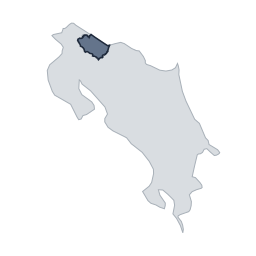 location of Upala, Alajuela, Costa Rica, rotated 13°
{"feature_id": "36466004B97209373697434", "entity_name": "Upala", "entity_type": "district", "adm_level": 2, "iso_a3": "CRI", "parent_name": "Costa Rica", "parent_adm1": "Alajuela", "projection": "mercator", "projection_center": [-85.236, 10.868], "detail": "fine", "context": "in_parent", "style": "filled", "palette": "slate", "viewbox_px": 256, "rotation_deg": 13, "n_neighbors": 0, "source": "geoboundaries", "source_scale": "gbopen_adm2", "svg_char_len": 4978}
<svg xmlns="http://www.w3.org/2000/svg" viewBox="0 0 256 256"><g transform="rotate(13 128 128)"><path d="M222.9,131.3L222.6,132.3L221.6,133.5L220.2,134.6L218.3,135.4L213.8,133.0L209.4,130.4L207.0,131.6L206.1,135.0L204.4,136.8L202.4,137.5L201.5,138.6L201.4,150.1L201.5,161.0L204.9,161.2L210.4,165.0L212.8,167.2L213.6,169.3L212.9,170.3L208.8,172.6L204.8,175.6L202.8,179.3L206.3,185.4L207.0,189.5L206.9,193.7L206.0,195.8L198.3,200.7L196.6,202.4L196.8,203.7L201.0,207.1L203.1,210.4L204.7,214.3L205.0,217.8L201.1,211.4L195.8,205.3L191.1,201.6L190.8,192.8L188.9,188.1L181.9,183.7L175.9,180.6L171.5,181.3L174.2,186.3L181.2,192.7L181.7,195.2L181.6,198.5L176.7,198.0L172.5,196.7L167.3,196.2L163.8,194.3L156.5,186.6L161.7,180.0L163.3,175.7L163.2,166.7L162.0,162.4L156.3,155.8L147.3,148.5L134.7,142.6L128.8,137.8L114.0,134.2L108.4,131.8L104.0,127.3L103.3,124.0L104.9,119.0L100.8,112.7L83.2,100.2L73.4,95.6L71.3,93.0L69.7,92.1L71.2,100.7L75.5,105.9L86.8,110.7L89.8,113.6L91.1,117.2L84.6,124.2L81.3,126.0L80.3,129.8L78.1,131.0L75.9,128.8L66.8,117.8L49.2,112.5L46.0,109.3L39.4,99.2L36.4,90.1L37.5,84.0L44.7,74.4L47.0,70.3L46.5,67.7L46.8,63.9L44.1,61.3L37.4,57.9L33.1,55.1L34.3,53.7L42.0,50.1L42.4,46.7L42.4,45.6L43.7,45.4L44.8,44.5L45.5,43.6L47.6,40.3L49.4,38.5L51.5,38.2L54.1,39.6L63.7,43.0L74.5,46.9L89.8,52.4L96.1,48.9L101.6,46.2L105.4,46.6L113.6,49.7L118.6,50.7L121.6,50.4L126.9,54.9L129.7,58.4L130.2,60.7L131.8,61.9L135.9,62.2L146.0,64.5L152.1,64.0L157.7,61.6L160.7,58.6L161.7,54.0L163.1,56.3L164.7,59.9L165.5,64.5L172.7,80.0L178.4,88.7L191.0,104.5L196.5,107.4L205.7,120.1L208.9,122.2L210.7,125.9L220.2,129.0L222.9,131.3Z" fill="#d9dde1" stroke="#a8b0b8" stroke-width="1"/><path d="M91.5,51.4L91.4,51.4L89.7,52.4L85.3,50.8L74.8,46.8L72.0,45.6L71.7,45.5L71.4,45.6L71.3,45.4L71.2,45.5L70.9,45.4L70.9,45.5L70.7,45.7L70.5,45.9L70.4,46.1L70.4,46.3L70.1,46.6L69.9,46.6L69.7,46.7L69.7,46.8L69.8,46.8L69.8,47.0L70.0,47.2L70.0,47.5L69.9,47.7L69.9,47.9L70.0,48.1L69.9,48.3L69.7,48.5L69.6,48.4L69.6,48.5L69.5,48.4L69.5,48.5L69.4,48.6L69.5,48.4L69.2,48.3L68.9,48.4L69.0,48.3L68.8,48.2L68.7,48.0L68.6,47.9L68.4,47.8L68.2,47.9L67.9,47.7L67.7,47.5L67.7,47.4L67.8,47.4L67.7,47.3L67.5,47.2L67.4,47.2L67.2,47.0L67.3,47.0L67.3,46.9L67.2,46.9L67.0,46.7L66.9,46.7L66.8,46.8L66.7,46.8L66.4,46.9L66.2,46.8L65.9,46.8L65.8,47.0L65.7,47.1L65.4,47.2L65.2,47.2L64.9,47.2L64.7,47.2L64.7,47.3L64.5,47.5L64.4,47.6L64.6,47.7L64.5,47.8L64.4,47.8L64.5,47.9L64.4,48.0L64.1,48.4L64.1,48.5L64.0,48.8L63.9,48.8L63.9,48.7L63.8,48.9L63.7,48.9L63.8,49.0L63.7,49.2L63.8,49.2L63.8,49.3L63.7,49.3L63.4,49.4L63.2,49.4L63.2,49.5L63.3,49.5L63.2,49.6L63.3,49.8L63.2,49.8L63.1,50.0L63.1,50.3L63.2,50.5L63.1,50.8L62.9,50.9L62.8,51.0L62.7,51.0L62.4,51.2L62.1,51.2L61.9,51.3L61.7,51.4L61.4,51.3L61.2,51.4L60.9,51.3L60.7,51.3L60.6,51.5L60.4,51.7L60.2,51.8L59.9,52.2L59.7,52.3L59.4,52.5L59.3,52.8L59.2,52.9L59.2,53.0L59.3,53.1L59.4,53.4L59.4,53.5L59.3,53.8L59.2,53.9L59.3,54.1L59.9,54.5L59.9,54.9L60.1,55.1L60.3,55.1L60.4,55.3L60.5,55.3L60.7,55.5L60.8,55.5L60.9,55.8L61.0,56.0L61.3,56.1L61.5,56.2L61.6,56.4L61.7,56.7L61.9,56.8L62.0,56.9L62.2,57.0L62.3,57.1L62.5,57.4L63.1,58.3L63.2,58.6L63.2,58.8L63.3,58.8L63.4,58.7L63.5,58.8L63.7,59.1L63.9,59.1L64.3,59.2L64.5,59.2L64.9,59.2L65.1,59.3L65.3,59.5L65.7,59.7L65.8,59.8L66.0,59.8L66.2,60.0L66.3,60.1L66.5,60.1L66.6,60.3L66.8,60.4L66.9,60.5L67.1,60.7L67.3,60.8L67.5,61.1L67.5,61.4L67.7,61.5L67.7,61.8L67.8,61.9L67.9,62.0L68.0,62.1L68.2,62.4L68.3,62.5L68.5,62.7L68.4,62.9L68.6,63.0L68.8,63.4L68.9,63.5L69.0,63.5L69.3,63.6L69.3,63.4L69.7,63.4L69.9,63.4L70.0,63.3L70.2,63.2L70.3,63.1L70.5,62.9L70.9,62.8L71.2,62.7L71.5,62.7L71.6,62.8L71.8,62.9L72.1,63.0L72.3,63.1L72.7,63.2L73.1,63.3L73.2,63.5L73.6,63.6L73.9,63.8L74.1,63.8L74.3,63.9L74.5,63.9L75.0,63.8L75.3,63.8L76.2,63.8L76.4,63.8L76.6,63.9L76.8,64.0L76.9,64.3L77.1,64.5L77.3,64.6L77.3,64.8L77.4,65.2L77.3,65.4L77.4,65.6L77.6,65.7L77.5,65.8L77.8,65.9L78.2,65.9L78.3,65.8L78.6,65.7L78.9,65.7L79.0,65.6L79.4,65.7L79.7,65.7L80.1,65.8L80.5,65.8L80.7,66.0L80.8,66.0L81.3,66.1L81.3,66.4L81.4,66.6L81.6,66.7L82.1,66.7L82.4,66.7L82.9,66.9L83.1,66.9L83.2,67.0L83.3,67.2L83.4,67.5L83.5,67.7L83.5,67.9L83.5,68.0L83.9,68.2L84.0,67.8L84.1,67.7L84.2,67.4L84.4,67.2L84.7,66.6L84.8,66.3L85.2,65.9L85.5,65.8L85.6,65.7L85.7,65.4L85.8,65.3L86.0,65.5L86.4,65.4L86.6,65.3L86.8,65.4L87.1,65.3L87.1,65.2L87.1,64.9L87.1,64.6L87.3,64.6L87.5,64.6L87.5,64.2L87.3,63.9L87.2,63.8L87.1,63.7L86.8,63.4L86.8,63.2L86.9,62.9L87.0,62.8L87.1,62.7L87.4,62.5L87.5,62.3L87.7,62.2L88.0,62.2L88.3,62.2L88.6,62.2L88.9,61.9L89.0,61.7L89.0,61.4L89.4,61.3L89.4,61.2L89.3,60.7L89.5,60.6L89.9,60.6L90.0,60.5L90.1,60.3L90.2,60.1L90.2,59.8L90.2,59.7L90.2,59.1L90.3,59.1L90.5,59.2L90.6,58.9L90.8,58.6L90.7,58.4L90.8,58.4L91.0,58.2L91.2,57.8L91.2,57.7L91.1,57.2L90.9,57.1L90.9,56.9L90.8,56.7L91.0,55.9L91.0,55.6L91.1,55.4L91.0,55.0L90.9,54.8L90.9,54.5L91.1,54.3L91.1,53.5L91.1,53.4L91.2,53.2L91.3,52.7L91.3,52.4L91.4,52.1L91.5,51.4Z" fill="#64748b" stroke="#1e293b" stroke-width="1.5"/></g></svg>